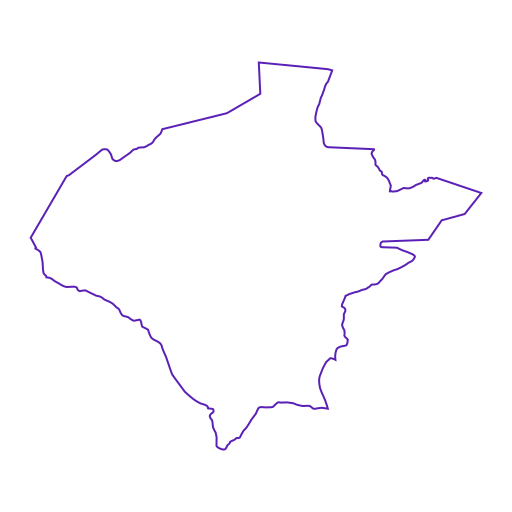 the district of Texiguat, El Paraíso, Honduras
{"feature_id": "27666195B35644327877667", "entity_name": "Texiguat", "entity_type": "district", "adm_level": 2, "iso_a3": "HND", "parent_name": "Honduras", "parent_adm1": "El Paraíso", "projection": "orthographic", "projection_center": [-87.038, 13.663], "detail": "fine", "context": "isolated", "style": "outline", "palette": "violet", "viewbox_px": 512, "rotation_deg": 0, "n_neighbors": 0, "source": "geoboundaries", "source_scale": "gbopen_adm2", "svg_char_len": 6062}
<svg xmlns="http://www.w3.org/2000/svg" viewBox="0 0 512 512"><path d="M327.8,408.7L327.2,406.4L325.3,400.7L324.0,397.6L321.7,392.5L320.0,388.0L319.5,385.0L319.2,382.5L319.1,380.0L319.3,378.3L319.6,376.8L320.0,375.5L322.8,368.4L325.1,363.9L326.3,361.9L327.0,361.3L328.1,360.3L330.3,358.2L331.9,358.4L334.3,359.2L335.4,359.8L335.2,357.6L335.2,355.6L335.6,352.4L336.5,349.5L337.5,348.1L339.3,347.1L340.7,346.6L342.7,346.1L343.8,346.0L345.5,345.6L346.4,345.2L347.3,343.3L347.8,339.7L347.1,338.8L345.1,336.9L344.4,335.7L344.6,333.5L344.5,331.1L344.2,330.0L342.9,327.6L342.4,326.3L342.1,324.5L342.7,322.6L343.6,320.3L343.9,318.0L343.8,315.4L343.9,314.1L345.3,311.2L345.4,309.8L344.9,308.6L343.9,307.5L342.2,306.7L341.9,306.4L341.9,305.4L342.1,304.3L343.7,300.7L345.0,297.6L345.5,295.9L347.6,295.0L349.2,294.1L354.8,292.3L357.1,291.8L359.1,291.2L360.3,290.6L361.8,290.0L363.2,289.6L364.9,289.3L366.2,288.8L367.4,288.1L367.8,287.6L368.8,287.2L369.7,286.5L371.3,284.9L371.7,284.7L372.2,284.5L374.7,284.5L375.9,284.3L377.6,283.7L378.7,282.9L380.3,281.0L382.2,279.1L384.5,275.8L385.7,274.2L388.9,272.4L393.7,270.3L394.9,269.9L397.9,269.0L398.6,268.5L400.8,267.5L404.3,265.6L407.0,263.9L408.2,262.9L411.5,261.3L412.7,260.3L413.8,259.0L414.9,256.9L414.8,256.2L414.2,255.4L412.6,254.3L407.8,252.2L405.6,251.4L402.1,250.2L396.9,247.7L381.8,247.2L380.8,246.9L380.3,245.9L380.7,243.1L381.2,242.5L382.7,241.5L428.3,239.8L441.7,220.3L464.7,214.0L481.3,193.0L436.5,177.9L436.1,177.9L434.5,178.6L433.9,178.7L433.2,178.6L432.8,178.1L432.5,177.9L431.5,177.8L430.4,177.9L429.6,177.7L428.5,177.9L428.1,178.1L427.9,178.4L427.8,179.0L428.1,179.7L428.1,180.1L428.0,180.6L427.6,180.9L426.0,181.4L425.1,181.4L424.9,181.3L424.8,181.0L424.9,180.9L425.3,180.6L425.4,180.2L424.9,179.8L424.4,179.8L423.5,180.4L422.3,182.0L421.1,183.1L419.4,183.6L417.1,184.6L416.7,184.6L416.4,184.7L415.4,185.3L413.7,186.5L409.8,188.2L408.8,188.3L407.4,188.4L403.6,188.0L399.1,190.2L397.9,190.7L397.3,191.1L393.5,191.5L392.3,191.5L391.0,191.1L390.5,191.2L390.1,191.5L389.9,191.4L389.8,191.2L390.1,189.5L390.5,187.6L390.8,185.6L390.5,184.8L389.8,183.2L389.2,181.3L388.4,179.8L387.5,178.3L386.4,177.2L385.1,176.3L383.1,175.2L382.2,174.5L382.0,174.0L381.9,172.4L381.6,171.7L381.2,171.3L380.5,171.1L380.3,171.0L379.7,170.2L378.9,168.6L378.0,167.2L377.1,166.3L375.8,165.2L375.5,164.8L375.4,164.0L375.5,162.9L375.5,162.1L375.3,160.8L375.0,159.8L374.6,159.1L372.8,156.6L371.6,153.7L371.7,153.0L372.0,152.2L373.2,150.6L373.9,150.0L374.0,149.6L373.9,149.2L328.0,147.2L326.7,146.8L325.5,146.0L324.9,145.3L324.2,144.0L323.7,142.8L323.5,139.8L323.0,136.3L322.2,131.4L321.6,128.8L321.2,127.9L320.7,127.1L317.0,123.3L315.8,121.7L315.6,121.1L315.4,119.8L315.4,116.8L316.2,112.7L317.2,108.7L318.0,106.3L318.9,104.8L319.2,104.2L320.8,97.8L322.0,95.5L322.9,92.9L324.0,90.0L325.1,86.2L326.3,83.7L328.0,81.6L332.2,70.4L328.0,69.2L258.8,62.5L260.3,93.8L226.9,113.2L162.3,129.2L161.1,132.4L160.5,133.6L159.3,134.8L156.8,136.9L155.0,138.8L154.2,139.7L153.6,141.0L153.2,141.7L152.3,142.7L151.6,143.3L150.3,144.2L148.7,144.8L146.9,146.0L144.6,147.1L143.9,147.3L141.1,147.4L138.5,147.7L138.0,147.9L137.3,148.6L136.8,148.9L134.6,149.3L133.4,149.7L132.1,150.8L130.2,152.7L128.1,154.2L124.2,156.9L120.3,159.7L119.5,160.2L118.5,160.6L117.0,161.0L116.1,161.1L115.6,161.0L114.0,160.3L112.7,159.2L112.3,158.6L111.1,154.8L110.5,153.6L109.8,152.5L109.1,151.5L108.0,150.2L107.3,149.6L106.3,149.3L104.7,149.2L103.3,149.3L101.9,149.8L95.5,155.1L68.8,175.3L66.7,176.0L30.7,237.7L35.9,247.3L35.6,247.6L35.4,248.0L35.3,248.3L35.4,248.6L35.7,248.8L37.2,249.5L39.1,250.8L40.2,251.8L40.7,252.8L41.3,255.2L42.6,262.2L43.0,270.0L43.3,270.9L43.3,272.2L43.8,273.5L44.6,274.6L46.1,275.9L46.3,276.5L46.4,277.4L47.6,277.5L49.2,277.7L50.1,278.1L51.9,278.9L54.5,281.0L58.4,283.2L61.5,285.1L63.8,286.2L65.6,286.8L66.9,287.0L73.1,286.7L74.3,286.7L75.2,286.9L76.2,287.3L76.7,287.6L77.0,288.0L77.3,289.0L77.7,289.7L78.4,290.4L79.4,291.1L80.1,291.1L82.0,290.7L84.8,290.4L85.4,290.4L86.4,290.8L89.0,292.2L93.2,294.2L96.2,295.7L97.1,295.9L98.9,296.2L100.7,296.9L102.4,297.9L103.8,299.1L104.4,299.5L105.5,300.1L107.6,300.9L108.9,301.5L111.6,302.9L113.3,304.2L116.9,307.7L118.3,308.5L118.8,309.0L119.5,310.2L120.5,312.5L121.4,314.1L122.1,315.0L123.0,315.7L124.0,316.1L126.6,316.7L128.2,317.2L128.8,317.6L130.0,318.6L131.6,319.7L132.7,320.3L133.4,320.6L134.1,320.7L134.9,320.6L139.2,319.7L139.7,319.7L140.0,319.9L140.5,320.5L141.0,321.7L141.7,324.9L142.2,326.6L142.7,326.9L146.7,328.9L148.0,329.7L149.7,334.6L150.6,336.5L151.4,337.8L152.3,338.6L153.5,339.5L154.8,340.2L157.2,341.3L159.2,342.6L160.2,343.4L160.9,344.3L161.6,345.6L162.4,348.4L163.9,352.2L166.0,356.8L170.9,371.1L172.0,374.0L172.7,375.2L175.2,378.7L184.7,391.6L187.3,394.0L190.5,396.8L193.0,398.8L195.5,400.6L198.0,402.1L200.3,403.3L201.4,403.7L204.6,404.7L206.6,405.6L207.2,406.1L207.8,407.0L208.0,407.5L207.9,408.1L208.1,408.4L212.0,408.8L212.8,409.0L213.1,409.3L213.4,410.0L213.5,410.7L213.5,411.4L213.3,412.0L212.9,412.5L211.5,413.4L210.5,414.5L209.9,415.4L209.8,416.3L210.0,417.2L210.6,418.3L211.1,419.1L211.8,419.9L212.1,420.3L212.5,422.3L212.9,426.3L213.0,427.2L214.4,430.4L215.6,432.5L215.7,432.9L216.6,437.2L216.5,445.3L216.6,446.2L216.9,446.6L218.8,448.0L221.0,449.0L223.0,449.5L223.9,449.5L224.7,449.4L225.4,448.9L226.0,448.1L226.7,447.0L227.2,445.7L227.5,445.2L228.8,444.1L229.5,443.4L229.8,442.8L230.1,441.9L230.4,441.6L234.6,439.7L235.3,439.1L236.1,438.3L236.6,438.0L237.2,437.9L237.8,438.1L238.3,438.1L239.2,437.8L239.8,437.5L240.3,436.7L241.4,434.4L243.3,431.1L244.1,430.1L245.6,428.6L246.4,427.6L248.5,424.5L251.3,419.8L255.9,413.6L257.2,410.5L258.3,408.4L258.8,407.8L259.6,407.4L260.5,407.1L261.7,407.1L265.7,407.4L269.8,407.3L271.4,407.2L272.6,407.0L273.2,406.7L276.2,403.7L276.9,403.1L278.1,402.4L279.1,402.3L280.7,402.6L286.9,402.4L292.5,403.1L293.7,403.4L296.0,404.4L297.5,404.9L302.0,405.9L303.7,406.0L306.9,405.8L309.6,405.9L310.0,406.1L310.7,406.6L313.0,408.5L314.0,408.8L314.8,408.8L319.7,408.0L321.9,407.8L324.7,408.2L327.8,408.7Z" fill="none" stroke="#5b21b6" stroke-width="2"/></svg>